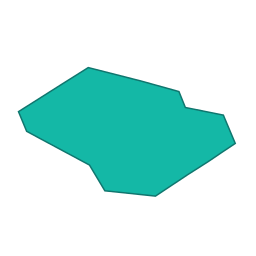 Demerval Lobão, Piauí, Brazil, rotated 58°
{"feature_id": "56859067B93214732609639", "entity_name": "Demerval Lobão", "entity_type": "district", "adm_level": 2, "iso_a3": "BRA", "parent_name": "Brazil", "parent_adm1": "Piauí", "projection": "orthographic", "projection_center": [-42.666, -5.337], "detail": "fine", "context": "isolated", "style": "filled", "palette": "teal", "viewbox_px": 256, "rotation_deg": 58, "n_neighbors": 0, "source": "geoboundaries", "source_scale": "gbopen_adm2", "svg_char_len": 391}
<svg xmlns="http://www.w3.org/2000/svg" viewBox="0 0 256 256"><g transform="rotate(58 128 128)"><path d="M197.9,45.2L170.5,40.8L167.6,40.3L141.0,68.5L124.1,65.5L94.8,92.3L92.7,94.3L89.8,97.1L55.7,129.7L55.8,160.7L56.1,212.2L77.1,215.7L90.1,208.3L139.0,180.3L169.0,180.9L200.3,140.8L199.2,102.1L199.0,77.5L198.4,61.6L197.9,45.2Z" fill="#14b8a6" stroke="#0f766e" stroke-width="1.5"/></g></svg>